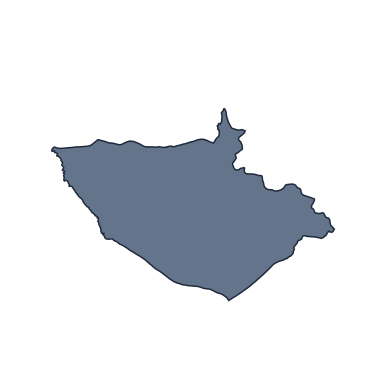 Preah Sdach, Prey Vêng, Cambodia, rotated 114°
{"feature_id": "14789045B92288300467982", "entity_name": "Preah Sdach", "entity_type": "district", "adm_level": 2, "iso_a3": "KHM", "parent_name": "Cambodia", "parent_adm1": "Prey Vêng", "projection": "mercator", "projection_center": [105.359, 11.079], "detail": "fine", "context": "isolated", "style": "filled", "palette": "slate", "viewbox_px": 384, "rotation_deg": 114, "n_neighbors": 0, "source": "geoboundaries", "source_scale": "gbopen_adm2", "svg_char_len": 6064}
<svg xmlns="http://www.w3.org/2000/svg" viewBox="0 0 384 384"><g transform="rotate(114 192 192)"><path d="M168.1,46.8L166.9,49.3L166.8,49.8L165.8,52.0L163.7,53.5L161.8,54.6L160.7,55.7L160.3,57.0L160.8,58.9L159.7,60.8L158.6,62.0L157.7,63.3L158.3,65.0L159.7,66.5L160.1,67.6L161.0,70.7L160.5,71.7L159.6,72.7L158.3,73.9L158.0,75.3L157.9,76.5L155.4,77.2L152.2,76.8L149.4,76.8L148.4,77.9L148.8,79.2L148.8,80.3L148.9,82.5L149.2,85.4L149.5,87.7L149.5,89.5L148.9,91.2L147.4,92.5L145.8,93.5L145.0,94.9L145.1,96.4L145.0,98.0L143.9,99.7L143.5,101.1L143.8,103.2L144.6,104.8L145.4,106.3L146.6,108.2L146.9,108.7L147.9,109.5L148.6,109.5L149.9,109.7L150.9,109.8L152.0,110.4L153.3,111.2L154.3,112.1L155.6,113.5L156.6,114.9L157.3,116.4L157.5,117.8L157.4,119.8L157.9,121.1L158.8,123.2L158.8,124.6L158.5,126.4L157.8,127.9L156.8,128.8L155.6,129.8L154.6,130.3L153.5,131.5L152.2,132.5L151.1,133.2L149.9,133.9L149.0,134.5L148.9,135.3L149.2,136.5L149.8,137.6L150.0,139.0L150.1,140.5L150.5,142.5L151.0,144.1L151.4,145.1L152.1,146.8L152.8,148.4L153.2,150.1L152.8,151.6L151.8,152.6L150.4,153.3L148.8,153.7L148.6,154.6L149.2,155.1L150.5,157.0L151.1,157.6L151.9,157.9L153.0,158.5L153.6,160.1L153.9,161.1L153.9,161.9L153.4,162.8L152.7,163.8L150.2,166.2L148.9,166.7L146.9,166.0L143.4,165.4L142.6,165.7L141.6,166.5L140.5,167.7L139.2,167.4L137.2,165.9L135.1,165.0L132.4,163.4L131.0,164.0L129.2,165.1L127.9,166.3L126.4,167.8L126.0,169.2L125.0,171.0L123.5,171.4L122.2,170.9L119.5,169.4L117.4,168.5L115.8,168.1L115.1,168.4L114.4,168.4L114.6,169.3L114.5,169.8L114.6,170.6L114.6,171.3L114.7,171.9L115.8,173.3L116.4,174.5L116.9,176.1L117.1,177.4L117.3,180.2L117.5,181.2L117.4,182.0L115.9,183.9L114.9,185.3L113.1,187.4L109.5,190.6L107.4,192.1L105.6,193.1L104.2,194.2L102.9,195.8L102.7,196.5L103.1,196.8L104.0,196.6L106.0,196.8L106.7,197.2L107.9,197.3L108.6,196.7L110.1,195.7L111.6,194.9L112.9,194.6L114.1,194.2L115.0,193.7L116.0,193.6L117.3,193.8L118.3,193.8L118.4,195.2L119.3,195.6L120.5,194.9L121.1,195.8L121.7,195.5L122.9,194.4L124.0,194.1L124.4,193.3L124.3,192.8L125.1,192.3L125.4,191.6L127.6,191.0L128.6,190.5L129.7,190.2L130.5,190.4L132.7,191.3L134.7,191.8L136.1,191.9L137.8,192.1L138.5,192.4L138.8,194.1L138.9,197.2L138.8,200.2L139.2,202.9L140.4,205.7L142.3,208.4L144.8,210.8L147.1,213.9L149.4,216.4L150.4,217.4L151.1,218.4L152.1,219.9L153.7,221.6L154.8,223.0L156.2,224.9L157.3,226.0L158.0,226.9L158.3,227.8L158.3,228.9L159.0,230.5L160.0,232.1L160.7,232.9L161.5,233.5L161.4,234.1L162.1,234.6L162.4,235.2L162.8,236.0L163.2,237.2L163.7,238.8L163.8,240.1L164.4,241.0L165.1,242.0L166.4,244.9L167.0,246.9L167.6,248.0L168.2,249.4L169.8,253.4L169.8,255.2L169.4,259.3L169.4,262.2L169.6,266.0L170.7,269.4L172.3,271.4L174.2,273.2L176.4,275.0L178.0,276.7L178.8,279.0L179.1,281.4L179.6,283.9L180.4,286.5L181.1,288.4L181.1,290.1L181.3,292.9L181.8,295.2L182.0,296.7L182.2,298.4L182.4,299.1L184.0,300.0L187.0,301.5L189.4,302.7L190.5,303.5L191.7,304.6L192.7,306.1L195.0,310.4L196.4,312.7L197.3,314.9L198.8,317.6L200.3,320.0L202.4,323.9L204.6,327.7L205.5,329.6L206.3,331.6L206.7,333.1L206.8,334.5L206.8,335.0L206.9,335.8L207.5,336.4L208.1,336.8L209.9,337.2L211.1,337.0L211.6,336.6L211.4,335.8L210.6,335.0L210.5,334.4L211.3,334.0L211.8,333.5L211.5,332.9L211.4,331.6L211.8,330.4L212.7,330.3L213.5,330.4L214.1,330.0L213.8,329.1L213.9,328.0L214.4,326.5L215.1,325.1L215.7,324.7L216.6,324.4L216.9,323.7L217.3,322.9L218.0,322.1L218.8,322.0L219.8,322.1L220.6,321.7L221.0,320.4L221.8,319.2L222.5,318.9L223.4,319.3L224.7,319.4L225.0,318.4L224.7,316.8L225.4,316.6L226.2,317.0L226.8,317.3L227.1,316.9L227.4,316.0L227.8,315.8L228.9,316.0L229.5,315.9L230.5,314.7L231.4,314.4L232.5,314.3L233.3,313.8L233.8,313.3L233.8,312.8L233.2,312.4L232.5,311.9L232.6,310.6L232.8,309.7L234.3,308.4L235.0,307.2L236.6,306.7L236.7,306.3L236.3,305.6L235.9,304.7L235.9,303.9L236.2,303.1L236.7,302.5L237.4,301.5L237.9,300.5L239.6,298.1L240.2,296.8L240.8,296.1L240.9,295.0L241.6,294.5L241.8,294.1L242.1,293.4L242.6,292.1L243.2,290.0L243.9,288.7L245.2,287.4L246.3,285.8L247.3,283.5L247.8,282.7L248.1,281.8L248.1,281.0L248.0,280.3L248.3,279.7L249.2,279.2L249.5,278.1L250.2,276.8L251.1,275.5L251.5,274.7L251.5,274.0L251.9,273.0L252.2,271.6L253.0,271.0L252.7,270.2L253.3,269.3L253.2,268.7L253.3,268.0L254.2,267.9L253.9,267.2L254.6,266.5L256.0,266.0L256.9,266.3L257.1,265.8L257.5,265.4L258.2,264.6L259.6,263.8L260.3,262.7L261.2,262.2L261.6,261.2L263.0,260.2L263.9,259.6L264.8,259.3L265.4,258.6L266.4,257.9L265.7,255.7L266.3,255.7L267.2,256.0L267.2,255.3L268.0,254.2L269.3,252.8L269.7,251.5L269.6,250.5L268.7,248.3L267.4,246.2L267.3,245.0L268.0,243.9L268.1,242.7L268.0,241.2L268.2,239.7L268.7,238.2L269.0,236.8L268.9,234.8L269.0,232.9L269.8,228.0L270.6,224.3L271.0,220.4L271.5,216.9L271.9,213.2L272.5,209.8L273.1,206.9L274.0,204.0L274.8,201.7L275.6,198.4L276.4,196.3L277.0,194.2L277.5,189.4L278.0,186.9L278.8,183.7L279.6,180.6L280.4,177.5L281.3,171.5L281.2,168.6L280.7,165.0L280.5,163.9L280.7,163.3L279.9,160.9L279.2,157.8L277.3,152.2L276.0,148.5L275.5,145.6L275.3,142.8L274.9,140.6L274.1,138.3L273.5,136.1L273.5,132.1L273.7,130.6L273.8,127.8L273.6,126.1L273.3,124.6L273.2,123.0L273.6,120.6L274.2,117.7L275.4,115.4L276.2,114.3L274.4,113.1L273.1,112.3L271.6,111.4L269.9,110.1L266.8,108.1L261.2,104.7L259.8,104.0L258.1,102.9L254.7,101.0L250.6,99.1L248.5,97.9L246.4,97.0L244.6,96.2L240.7,94.5L238.7,93.5L230.6,90.2L227.5,89.1L226.0,88.6L225.2,88.3L223.0,86.9L221.4,85.6L220.1,84.4L216.5,80.4L215.4,79.6L213.9,78.0L212.8,77.6L211.7,77.0L210.3,75.8L209.4,75.4L208.6,75.3L207.5,74.9L206.7,74.7L205.1,75.3L204.4,75.2L203.3,75.2L202.3,75.5L201.4,76.4L199.9,76.3L199.2,76.0L197.8,75.7L196.9,75.4L195.4,75.2L194.7,75.3L193.7,75.3L192.8,74.8L192.0,73.9L191.3,73.3L190.1,72.7L188.2,73.0L186.8,72.5L185.9,70.8L185.7,68.4L185.1,67.1L184.5,65.3L183.9,63.5L183.1,61.8L182.9,60.8L182.6,59.1L182.2,58.0L182.0,56.1L181.7,54.9L180.1,53.5L179.2,53.0L178.5,52.9L177.3,52.0L176.2,51.7L175.2,51.8L174.1,51.7L173.0,51.3L172.4,51.3L172.1,50.8L172.3,49.9L172.3,49.2L172.1,48.4L171.6,47.6L170.4,47.1L168.7,47.0L168.1,46.8Z" fill="#64748b" stroke="#1e293b" stroke-width="1.5"/></g></svg>